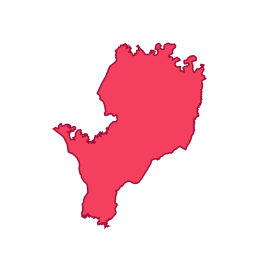 Na Wa, Nakhon Phanom, Thailand (Robinson projection), rotated 219°
{"feature_id": "78962969B93773491047037", "entity_name": "Na Wa", "entity_type": "district", "adm_level": 2, "iso_a3": "THA", "parent_name": "Thailand", "parent_adm1": "Nakhon Phanom", "projection": "robinson", "projection_center": [104.093, 17.513], "detail": "fine", "context": "isolated", "style": "filled", "palette": "rose", "viewbox_px": 256, "rotation_deg": 219, "n_neighbors": 0, "source": "geoboundaries", "source_scale": "gbopen_adm2", "svg_char_len": 5821}
<svg xmlns="http://www.w3.org/2000/svg" viewBox="0 0 256 256"><g transform="rotate(219 128 128)"><path d="M73.6,164.2L74.1,165.9L75.1,166.7L74.8,168.0L75.1,168.4L76.6,168.9L76.6,169.8L77.5,170.0L77.3,170.2L77.9,171.2L79.2,171.8L78.8,172.9L79.7,173.3L79.6,173.9L81.0,174.4L81.2,174.8L80.8,175.0L81.5,175.3L81.6,176.4L81.9,176.3L82.3,177.1L81.3,177.5L81.9,179.2L80.8,181.5L81.4,181.7L81.2,182.3L81.9,182.3L82.6,183.5L83.4,183.2L83.8,184.1L84.8,184.7L85.5,185.5L85.1,186.2L86.6,186.9L86.9,187.9L86.0,188.8L87.2,189.9L86.6,190.6L87.3,190.7L87.7,191.5L86.7,192.0L87.3,192.8L87.0,193.0L87.0,193.8L88.2,194.6L88.5,195.6L89.3,195.7L89.7,196.4L89.1,197.0L90.0,197.2L90.4,198.5L91.4,198.4L92.2,200.7L92.6,200.6L92.8,201.1L93.6,201.5L93.4,202.6L95.3,203.3L94.9,204.4L96.0,206.1L96.2,207.1L97.2,207.9L97.6,209.0L98.8,209.3L100.1,211.2L100.2,211.8L98.8,214.8L98.9,215.4L100.1,215.3L101.1,216.4L104.5,215.9L105.2,217.6L105.7,221.1L108.2,222.6L108.8,224.7L111.3,223.3L111.1,222.6L109.5,222.7L109.0,221.9L109.6,219.0L111.6,217.2L111.2,213.0L111.5,212.6L114.0,213.7L117.2,217.7L119.9,219.2L119.8,220.4L117.7,223.3L118.4,224.9L119.8,225.7L121.6,225.7L122.9,225.2L123.8,223.5L124.3,223.6L125.4,220.7L125.2,217.5L126.6,216.0L126.5,215.0L124.6,213.5L123.4,214.4L122.2,216.5L120.4,215.5L120.9,213.8L122.9,210.6L123.1,209.5L122.8,209.0L121.1,208.6L119.8,206.8L121.6,206.7L122.9,205.6L124.8,206.9L126.0,208.6L128.5,206.2L130.0,206.2L131.6,206.9L132.3,208.6L132.3,209.8L130.2,213.1L130.4,213.7L131.3,214.0L134.3,213.8L136.3,209.3L137.0,210.3L138.3,210.7L140.1,210.2L140.6,208.9L141.3,208.9L141.8,209.6L141.7,210.9L140.3,214.0L142.2,216.2L142.4,218.4L141.9,220.4L142.7,221.8L144.6,222.4L147.2,219.9L150.2,219.1L151.9,215.5L151.2,213.8L149.5,212.3L150.6,210.8L153.0,210.0L153.9,210.6L154.0,212.7L156.3,213.3L157.4,212.9L158.2,211.3L158.3,209.9L156.5,206.5L154.3,207.7L153.7,207.6L153.6,206.5L152.6,206.5L151.6,203.9L152.6,201.5L153.6,200.9L154.4,201.4L155.1,204.4L156.9,204.2L158.9,203.0L159.1,202.5L158.5,202.0L156.9,201.7L158.4,200.6L157.5,200.0L158.2,198.2L160.7,196.0L164.7,197.2L168.7,197.3L172.0,198.6L172.5,197.1L170.1,197.2L169.7,196.0L168.5,195.4L169.9,193.8L168.3,191.3L169.6,190.4L169.5,189.7L168.5,189.4L169.7,187.4L172.6,188.8L175.1,187.5L175.3,189.3L174.5,189.4L176.1,190.4L176.2,191.0L175.8,190.7L175.6,191.6L176.5,192.1L177.5,192.3L177.2,191.9L178.6,191.3L179.3,189.0L179.9,189.2L179.6,190.3L180.2,190.9L180.2,191.9L181.0,191.1L182.0,191.8L183.3,191.7L182.7,189.4L183.1,190.0L184.1,189.8L183.8,189.0L185.6,187.9L185.1,185.7L185.9,185.0L185.7,183.4L186.3,180.4L185.8,179.5L184.4,179.6L183.6,176.8L182.8,176.7L182.0,175.9L181.9,175.1L180.1,174.2L179.4,173.1L179.4,170.7L180.9,164.4L177.6,153.6L176.4,146.1L173.7,135.6L170.4,135.4L168.6,134.1L168.3,133.1L167.6,132.6L164.3,133.1L163.0,132.5L159.7,130.4L155.7,126.6L155.6,124.8L154.1,123.5L153.0,124.1L152.8,125.0L152.1,125.9L151.9,125.6L151.5,127.2L150.6,128.1L150.4,127.9L150.1,128.7L149.5,128.9L147.3,128.0L146.3,128.6L145.8,130.4L144.6,130.8L143.3,129.1L141.3,127.8L141.5,125.2L143.6,123.2L143.5,121.8L144.1,120.1L143.3,115.8L142.5,114.5L143.2,114.1L144.4,114.9L144.6,114.2L142.7,113.1L142.5,111.8L141.0,110.7L140.8,110.0L141.4,109.7L142.7,110.3L142.8,108.6L143.4,107.9L145.4,108.6L145.5,107.8L144.6,106.9L144.9,106.3L146.8,107.4L147.2,107.2L147.1,106.4L146.0,106.2L143.9,104.5L145.0,104.1L146.0,104.9L146.9,104.8L147.3,103.0L146.0,102.4L145.8,101.5L148.6,101.4L146.9,97.7L147.4,95.5L146.9,95.1L145.7,96.5L144.8,96.3L144.5,95.6L147.0,93.2L147.5,93.5L147.2,94.4L148.1,94.6L149.0,93.2L149.2,91.4L149.7,91.6L149.9,93.1L150.5,93.0L151.0,91.6L151.6,91.6L151.8,92.4L151.1,94.6L152.2,94.9L152.9,96.2L155.0,96.4L155.5,97.3L156.4,97.1L156.1,95.5L157.0,95.6L157.5,96.5L158.1,95.9L156.4,94.6L157.6,92.5L158.6,93.3L158.8,94.6L160.9,93.6L161.2,95.1L162.2,95.0L162.6,96.4L163.6,96.8L165.4,95.0L165.7,92.2L165.1,90.1L163.6,88.7L163.7,87.3L164.5,86.1L162.1,85.7L161.8,85.2L164.1,84.4L165.0,82.8L168.7,84.8L170.3,87.2L172.3,87.0L171.9,87.6L170.2,88.1L171.2,89.9L171.1,90.4L170.5,90.6L169.3,89.9L168.4,91.4L168.9,92.7L168.3,93.3L168.2,94.3L169.5,95.3L170.3,95.4L171.0,94.9L173.0,91.4L175.9,91.5L175.8,92.0L173.8,92.9L174.3,93.6L175.2,93.5L177.1,92.9L178.8,91.4L178.9,89.8L180.2,87.9L182.6,89.3L183.2,88.0L183.2,86.0L181.7,84.3L181.7,83.7L184.6,82.7L185.4,80.4L172.6,80.6L165.3,77.3L159.6,72.2L158.0,72.0L155.3,73.2L150.8,73.0L148.3,72.5L144.2,70.5L142.6,69.0L139.8,64.9L136.1,62.1L135.0,62.1L132.8,60.2L128.8,58.8L126.0,58.8L123.8,58.1L118.9,53.0L118.4,51.3L118.2,47.1L117.2,44.2L115.8,42.7L115.7,40.4L114.2,38.5L113.4,38.3L112.6,37.0L111.6,36.3L110.4,32.8L108.0,30.3L107.7,30.4L107.3,32.2L106.2,31.8L106.2,30.6L105.3,30.9L105.6,32.7L104.6,32.0L104.6,33.6L105.6,34.0L105.3,35.7L104.5,34.8L104.2,35.9L103.7,36.0L103.2,34.6L102.2,34.5L102.8,35.8L101.1,36.2L100.3,35.9L98.5,37.6L97.7,36.5L96.7,38.5L94.6,38.5L94.2,40.0L91.8,37.6L92.2,35.5L90.5,34.1L90.0,35.1L89.4,35.1L88.8,37.1L88.3,37.2L87.8,36.6L87.3,37.4L88.9,38.0L87.6,38.1L86.7,39.1L86.3,38.1L84.8,38.0L83.2,36.2L83.1,38.4L81.9,38.4L81.3,39.6L84.2,38.8L85.3,40.2L84.3,40.7L86.4,42.0L86.2,42.3L85.7,42.2L85.7,42.9L85.2,43.2L85.5,45.4L84.7,45.1L83.9,47.0L83.7,53.9L84.3,54.9L87.3,57.0L88.0,61.3L88.9,61.9L91.0,61.7L94.7,67.3L96.0,70.5L96.7,71.3L97.3,71.2L97.3,71.8L97.7,71.9L96.8,73.0L96.6,75.5L97.0,77.4L96.6,77.9L96.7,79.1L96.2,79.2L96.4,79.5L95.9,80.0L96.1,82.4L95.5,85.4L94.7,85.9L94.5,86.8L92.8,87.9L90.0,88.3L87.8,89.3L86.2,90.9L85.5,92.6L85.6,97.3L86.9,107.5L88.1,115.2L89.2,117.1L89.0,118.4L88.1,120.6L86.0,122.0L85.0,122.0L85.2,122.8L84.3,123.3L84.6,126.1L83.5,128.3L83.6,129.1L82.4,132.2L81.3,132.7L80.2,134.9L78.7,135.6L78.2,137.4L78.5,139.7L77.1,142.6L77.1,144.5L76.2,146.3L69.7,147.4L69.8,148.7L70.6,150.0L71.2,155.4L71.6,157.1L72.0,157.2L71.8,158.2L73.8,162.7L73.6,164.2Z" fill="#f43f5e" stroke="#9f1239" stroke-width="1.5"/></g></svg>